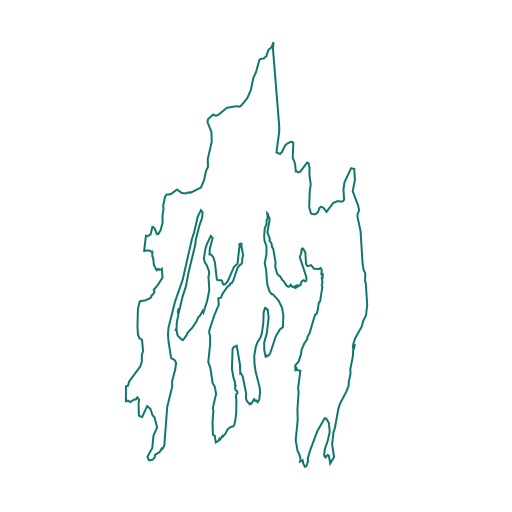 outline of Torsken nor, Troms, Norway, rotated 276°
{"feature_id": "86288312B75737452629522", "entity_name": "Torsken nor", "entity_type": "district", "adm_level": 2, "iso_a3": "NOR", "parent_name": "Norway", "parent_adm1": "Troms", "projection": "natural_earth1", "projection_center": [17.149, 69.294], "detail": "fine", "context": "isolated", "style": "outline", "palette": "teal", "viewbox_px": 512, "rotation_deg": 276, "n_neighbors": 0, "source": "geoboundaries", "source_scale": "gbopen_adm2", "svg_char_len": 6096}
<svg xmlns="http://www.w3.org/2000/svg" viewBox="0 0 512 512"><g transform="rotate(276 256 256)"><path d="M470.4,251.1L465.1,249.5L462.1,246.7L456.0,245.5L453.3,243.1L452.5,240.0L451.5,238.9L438.4,236.7L433.1,234.8L420.4,233.5L412.1,230.8L408.3,228.4L403.5,225.1L402.8,224.0L402.9,220.8L400.3,211.5L392.4,203.7L391.3,201.4L392.2,198.6L387.1,194.0L384.2,193.7L374.7,198.7L365.0,200.0L347.1,197.9L339.7,199.0L335.6,197.4L326.3,196.5L318.4,194.1L312.1,184.4L312.6,183.8L312.0,183.2L312.1,181.9L311.0,180.2L310.8,175.8L313.8,170.5L308.6,164.7L307.6,160.4L305.4,159.4L296.6,158.4L293.1,159.1L286.0,158.8L279.6,159.6L271.8,158.5L267.7,156.6L267.3,155.3L272.8,152.2L274.0,150.9L274.1,149.9L266.6,148.9L265.2,147.4L264.1,144.9L264.4,144.4L248.4,144.2L249.7,144.7L250.2,147.9L250.1,150.0L249.3,151.4L249.6,152.4L244.9,152.9L243.4,153.9L236.3,155.4L231.6,158.6L232.7,159.4L232.0,160.7L232.8,161.0L232.5,163.2L233.2,163.7L224.8,165.3L216.5,161.1L211.6,157.8L209.8,158.8L206.9,157.5L206.0,156.2L204.2,156.1L202.6,154.5L200.3,150.5L198.9,145.3L196.0,144.7L190.8,144.1L173.4,145.5L165.4,146.8L161.8,148.9L160.8,151.4L149.7,153.6L145.3,152.8L138.7,153.5L134.0,152.4L118.0,143.0L113.6,142.2L112.7,140.3L97.9,141.8L98.8,143.6L97.6,146.3L100.3,149.5L100.8,151.6L102.7,152.3L103.0,153.0L100.6,154.8L97.2,154.6L85.0,156.2L83.9,159.6L95.3,163.4L93.1,166.8L86.8,169.8L84.9,171.9L75.2,175.6L66.7,172.8L54.2,172.9L44.9,169.0L41.6,171.0L42.6,174.4L44.9,176.2L47.8,176.5L51.0,180.7L54.7,182.3L54.2,183.0L57.8,184.6L96.7,183.5L117.2,186.3L122.8,185.7L134.8,187.5L141.4,187.7L144.0,185.9L145.7,182.2L162.9,177.7L169.1,176.6L175.7,176.5L201.9,180.2L225.0,185.6L266.2,190.5L272.7,191.9L289.4,194.0L295.8,196.5L293.9,198.3L288.5,198.4L279.7,196.4L265.9,194.4L260.8,194.4L232.4,190.6L218.7,189.5L207.8,187.2L190.8,185.0L192.6,184.3L196.0,184.5L192.6,184.1L189.3,184.9L181.8,184.2L174.6,184.6L174.6,184.0L174.1,183.9L174.3,184.7L169.6,186.0L168.2,186.9L164.8,191.2L165.0,192.3L170.6,195.6L172.4,195.9L178.0,200.1L184.4,203.5L189.0,204.9L190.4,206.3L195.8,208.7L194.2,209.6L206.2,212.1L217.4,213.1L230.8,210.8L232.3,211.3L235.7,211.0L242.1,207.7L244.2,205.8L248.1,204.4L257.6,204.9L262.3,205.8L271.2,208.9L269.5,211.0L257.9,209.3L252.7,209.6L252.8,210.9L250.7,213.5L245.3,215.8L228.6,219.5L228.0,220.3L228.2,224.2L227.3,225.2L225.3,225.6L224.1,226.8L224.8,228.5L228.2,230.6L243.0,235.3L246.3,238.4L262.6,238.5L263.4,239.1L265.1,238.1L266.2,238.4L266.9,239.6L266.3,240.5L264.0,240.5L255.0,243.2L252.2,242.6L248.1,242.9L246.3,242.2L245.8,241.2L242.3,238.9L228.7,235.8L226.4,234.6L225.9,233.3L224.1,232.8L222.8,231.0L215.0,226.7L210.9,225.5L209.9,222.9L203.7,224.1L193.3,220.9L177.6,217.4L174.5,217.5L171.9,218.7L163.4,219.6L145.6,219.6L139.6,222.4L124.9,226.2L121.9,228.6L114.7,230.7L99.7,228.9L97.9,229.8L86.5,230.1L73.7,231.8L72.8,233.8L66.4,235.5L68.3,238.1L70.6,238.8L69.9,239.6L73.5,241.4L73.0,241.9L76.0,244.1L80.6,245.9L83.2,248.5L84.3,251.3L85.9,252.1L90.9,252.6L97.9,252.7L111.1,251.5L113.6,250.7L116.4,250.8L117.7,251.9L119.3,251.6L120.6,249.6L123.3,248.9L125.0,249.3L125.4,248.6L128.9,248.1L132.3,246.4L140.9,243.9L161.1,242.4L163.1,243.4L164.7,246.2L146.7,251.3L137.2,252.7L137.5,253.4L134.5,255.5L118.1,260.6L113.5,260.9L110.9,262.0L107.9,265.2L109.1,266.2L108.7,266.8L113.4,269.1L111.8,270.5L112.4,271.2L110.8,272.8L113.2,274.2L120.7,274.3L125.9,273.3L141.0,267.7L149.0,265.7L156.4,264.7L165.8,265.3L170.4,266.5L175.2,268.9L179.7,269.9L189.8,270.3L200.8,269.5L205.3,270.4L205.3,271.2L204.2,272.1L204.0,273.2L196.2,275.0L180.1,274.8L171.0,273.2L163.4,274.0L156.8,276.1L157.0,277.0L158.2,277.3L158.3,278.9L160.9,280.3L177.9,284.0L185.3,287.3L188.1,290.2L200.0,289.4L207.4,287.2L213.9,283.2L219.8,276.7L219.6,275.6L222.4,273.0L228.9,270.2L243.2,267.5L249.9,265.4L258.9,266.2L266.7,265.4L272.3,262.8L277.0,262.0L284.4,261.8L288.6,263.1L292.5,262.8L294.7,263.6L299.7,262.7L298.8,263.7L297.0,264.0L295.6,265.2L293.6,265.8L280.8,264.8L274.6,267.9L272.8,267.8L269.7,270.3L266.4,271.0L265.2,272.3L251.9,276.1L247.2,276.3L241.5,278.5L239.5,279.9L238.2,282.2L234.9,284.6L234.2,285.8L229.2,290.0L228.8,292.0L231.0,293.6L229.5,294.7L229.0,295.9L229.6,296.9L228.3,298.0L228.9,299.3L231.4,298.7L230.2,299.6L230.3,300.1L232.0,300.4L230.0,300.7L231.9,303.4L235.5,304.0L236.9,305.9L235.9,307.7L237.1,308.6L240.3,308.3L259.3,299.7L265.3,300.9L267.0,300.5L268.4,301.3L268.2,302.1L264.7,304.7L253.9,306.5L252.0,307.4L251.4,308.6L252.6,311.9L249.4,314.9L249.6,320.1L250.8,321.3L249.3,322.8L244.6,322.9L244.1,323.3L244.8,324.2L241.5,324.6L241.2,323.6L237.0,324.8L233.8,324.4L232.4,325.2L217.8,324.5L215.7,323.3L208.9,323.1L204.7,322.2L204.1,321.2L201.0,320.3L184.7,317.3L181.2,315.7L178.2,315.5L174.7,313.4L167.6,311.1L162.9,311.0L155.4,309.4L151.2,306.4L147.0,307.1L148.5,308.1L146.8,308.7L146.6,312.1L128.3,311.7L125.5,312.6L108.0,313.2L97.4,314.6L77.0,314.7L66.2,317.8L63.3,319.8L58.3,321.7L56.2,321.3L57.7,323.8L54.5,324.7L51.5,326.7L52.4,328.1L57.1,329.2L59.9,328.6L69.0,330.3L88.2,335.3L101.9,341.3L101.5,343.0L97.4,346.0L88.7,347.7L80.1,346.7L70.9,344.6L65.4,344.5L63.8,345.2L64.1,345.8L63.1,346.3L65.6,348.2L64.9,349.4L57.4,351.5L64.2,354.6L76.6,351.4L88.7,351.5L92.9,352.4L113.0,353.9L118.0,355.0L130.5,360.0L136.6,361.7L140.4,361.4L149.2,362.3L153.0,361.6L166.3,362.8L171.8,362.5L176.8,363.5L178.5,363.7L174.2,362.3L175.4,361.8L179.0,362.0L185.1,363.4L196.8,368.5L203.0,369.5L208.5,371.6L219.2,371.7L240.8,367.9L242.2,367.1L250.2,366.5L253.2,364.5L259.6,362.8L291.6,357.4L305.7,352.8L308.6,352.7L312.2,353.8L316.8,352.3L330.5,345.4L342.2,346.4L352.9,344.6L353.2,341.4L338.6,336.3L331.6,336.0L321.2,337.7L319.6,336.8L319.0,335.1L319.1,331.4L316.9,327.3L307.3,321.5L311.1,317.9L311.7,315.5L310.3,314.0L306.4,313.1L304.7,311.8L303.6,310.4L303.6,307.4L304.3,306.1L310.0,303.8L325.8,302.7L333.1,302.9L343.0,300.5L349.1,300.1L354.0,298.4L354.2,297.0L344.5,291.2L343.5,289.4L344.8,287.2L344.5,286.7L350.8,285.4L354.2,284.2L357.1,282.3L372.3,281.3L373.2,280.4L373.1,278.5L370.7,274.8L368.7,273.3L362.1,270.9L360.0,269.2L361.1,265.5L382.2,266.1L387.1,265.6L463.8,251.2L470.4,251.1Z" fill="none" stroke="#0f766e" stroke-width="2"/></g></svg>